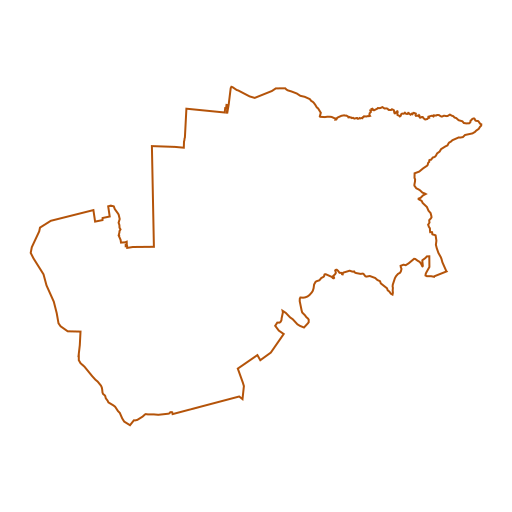 Boldesti-Scaeni, Prahova, Romania (Mercator projection)
{"feature_id": "2599482B90080505354120", "entity_name": "Boldesti-Scaeni", "entity_type": "district", "adm_level": 2, "iso_a3": "ROU", "parent_name": "Romania", "parent_adm1": "Prahova", "projection": "mercator", "projection_center": [26.073, 45.027], "detail": "fine", "context": "isolated", "style": "outline", "palette": "amber", "viewbox_px": 512, "rotation_deg": 0, "n_neighbors": 0, "source": "geoboundaries", "source_scale": "gbopen_adm2", "svg_char_len": 6049}
<svg xmlns="http://www.w3.org/2000/svg" viewBox="0 0 512 512"><path d="M425.5,275.5L426.9,276.2L431.1,276.2L434.1,276.8L434.3,276.3L446.6,271.4L446.2,270.9L442.4,262.3L441.5,259.0L440.8,257.2L438.4,252.9L436.7,248.0L435.9,244.8L436.4,240.7L435.6,235.4L435.1,235.1L432.5,234.4L432.3,234.2L432.1,232.2L431.5,232.1L430.2,232.2L430.0,230.8L429.9,228.3L428.8,226.7L428.4,225.2L428.1,224.8L429.5,222.5L429.2,220.7L429.4,219.9L430.8,218.5L431.5,217.4L431.4,216.2L430.6,213.1L428.5,210.7L426.9,207.0L422.6,202.9L421.8,201.1L421.5,200.8L418.6,199.2L418.6,198.6L420.6,197.8L423.0,195.4L425.7,194.0L424.8,193.5L422.4,192.6L420.0,190.3L418.4,189.3L416.3,188.3L414.4,185.7L414.4,184.6L415.0,181.5L415.1,179.3L414.5,177.9L414.6,173.3L419.2,171.6L423.2,168.3L427.1,165.7L427.8,164.7L428.0,163.3L428.3,162.7L429.2,161.9L429.3,160.2L429.8,159.9L431.1,159.7L432.8,157.5L434.0,157.2L435.1,156.6L435.9,155.7L437.1,153.4L439.6,151.6L441.1,149.1L445.4,146.4L447.5,145.4L448.4,143.6L449.1,142.6L450.9,141.6L452.4,140.2L458.8,137.4L460.0,137.6L462.9,137.1L465.0,135.0L472.5,133.4L475.0,131.9L476.1,130.7L478.7,128.9L480.0,126.8L481.2,125.6L481.3,124.3L480.2,123.8L478.4,121.3L477.8,121.0L476.0,120.8L475.3,120.4L474.6,118.8L474.0,118.4L473.1,118.6L471.9,119.3L471.4,120.1L470.6,120.6L470.3,122.3L469.2,123.3L466.3,123.4L463.8,123.0L462.4,121.3L458.6,120.2L456.3,118.1L454.5,117.5L453.3,116.2L451.8,115.7L449.9,114.6L447.6,116.0L446.4,116.1L444.0,115.7L441.9,116.6L440.6,116.2L439.0,115.1L437.1,115.0L436.0,115.6L433.7,115.3L433.5,115.5L433.8,116.1L433.5,116.5L432.0,115.7L428.4,116.7L428.4,117.2L428.8,117.4L429.0,117.8L428.2,118.0L427.3,119.0L425.2,119.5L423.6,118.3L422.7,117.0L421.8,117.0L420.5,117.7L420.0,117.7L419.7,117.3L419.4,115.5L419.0,115.1L418.3,116.0L417.4,115.6L416.0,115.9L415.5,115.1L415.8,113.6L414.0,112.9L413.3,112.9L412.5,114.2L411.7,113.7L410.6,114.7L408.8,113.4L408.6,112.9L408.2,112.9L407.9,113.8L407.1,114.0L405.9,113.7L404.9,112.7L403.8,113.7L402.2,113.6L401.5,113.9L401.2,114.3L400.7,115.8L399.9,116.4L399.6,116.0L397.5,115.0L397.3,113.4L397.7,112.1L397.4,111.3L396.7,111.5L395.2,113.3L394.6,113.3L394.3,112.7L393.9,110.3L392.4,109.4L391.8,109.3L391.3,109.9L390.6,110.0L388.6,109.9L387.5,108.7L386.4,108.4L384.5,108.5L382.4,107.1L380.5,108.0L379.0,108.2L377.9,108.0L377.4,108.6L374.0,110.3L373.7,110.2L373.0,109.3L372.3,109.3L372.2,108.8L371.6,109.0L371.8,109.5L371.8,110.0L370.3,110.4L370.9,111.9L369.6,113.3L369.4,115.0L370.0,115.9L368.9,116.2L367.8,116.1L366.4,116.5L364.0,116.3L363.6,117.0L362.8,117.2L362.4,118.2L361.7,118.0L360.3,118.4L359.6,118.0L359.0,118.5L357.9,118.8L357.4,118.6L357.1,118.0L356.8,118.0L354.3,118.6L353.0,117.8L351.9,118.1L350.9,117.4L350.3,117.5L349.4,117.0L348.8,117.4L348.4,117.4L348.0,116.5L346.4,115.6L345.0,115.6L344.2,115.3L341.4,115.8L337.9,117.4L337.3,117.8L336.3,119.5L335.5,119.6L335.9,118.4L335.0,118.5L332.0,117.1L330.8,116.8L327.5,116.7L324.8,117.1L320.2,116.8L319.8,116.4L320.8,112.8L318.1,108.4L316.8,107.4L315.2,104.7L313.7,102.7L312.6,101.7L311.3,101.0L309.8,99.1L304.7,96.8L300.3,95.8L296.8,93.5L291.3,91.4L287.9,90.4L286.5,89.6L285.2,88.3L275.8,88.4L271.9,91.0L254.7,97.9L249.6,96.4L238.3,90.5L236.7,90.0L232.6,87.2L231.4,86.8L230.7,88.2L228.7,104.4L227.3,112.7L226.8,112.7L227.7,105.1L226.5,104.9L226.1,108.2L225.2,108.1L224.7,112.5L186.4,108.7L184.9,137.4L184.5,138.8L184.4,140.1L184.0,141.6L183.8,147.7L175.0,146.9L151.9,146.1L153.9,246.8L132.8,247.0L127.2,247.9L127.1,246.2L125.7,246.3L125.7,244.8L126.8,244.7L126.7,241.7L125.2,242.3L121.0,242.6L120.6,239.9L118.9,236.0L119.1,235.5L118.7,235.3L119.4,232.5L119.5,231.1L120.5,229.4L119.5,227.7L119.4,225.1L118.6,222.7L119.7,219.0L118.7,214.8L118.2,213.8L114.8,209.1L113.8,206.4L112.5,206.0L111.0,206.0L110.8,205.6L108.2,206.3L109.7,216.5L102.6,218.0L102.5,220.1L95.1,221.6L93.4,210.1L50.8,220.8L40.0,227.6L39.2,231.4L31.8,247.2L30.7,252.9L33.5,258.4L43.5,274.3L46.5,285.4L53.8,301.7L56.7,313.1L58.5,323.3L60.6,326.3L67.7,331.3L80.5,331.6L79.8,345.2L78.7,354.6L78.8,354.5L78.8,360.2L80.6,363.3L84.4,366.6L92.3,376.3L95.4,379.7L97.7,381.6L101.0,385.7L101.8,387.5L102.2,389.6L102.5,392.6L103.1,394.0L104.7,395.3L105.2,396.0L105.8,398.3L107.6,400.7L108.4,402.4L113.4,405.4L115.1,406.7L118.0,411.1L119.8,412.9L122.2,418.4L124.2,421.6L130.0,425.2L133.9,420.3L135.2,420.4L137.3,419.9L142.6,416.6L144.8,414.6L145.7,414.1L147.9,414.4L153.8,414.4L158.3,414.8L168.4,413.7L169.5,413.3L170.2,412.3L171.0,412.1L172.2,412.3L172.6,414.1L239.2,396.5L242.5,399.1L243.9,386.1L242.9,382.8L237.8,368.6L257.4,355.1L260.3,360.2L270.8,352.6L283.7,334.0L278.8,330.6L275.2,325.8L277.3,322.6L279.6,322.6L280.6,321.8L281.1,320.9L281.5,319.9L281.6,318.4L282.9,312.4L282.6,310.8L285.8,312.9L290.1,317.4L292.7,319.2L297.4,324.3L300.0,325.9L304.0,327.5L307.9,323.3L308.7,322.2L308.7,319.7L308.0,318.6L306.3,317.1L304.9,315.2L302.2,312.5L301.6,310.4L299.7,301.1L299.8,298.7L300.4,297.5L303.1,297.7L305.1,297.4L307.5,296.5L309.5,295.0L311.8,292.4L312.8,290.8L313.6,288.2L314.1,284.5L315.6,281.8L316.6,281.2L319.4,280.3L321.3,278.0L323.6,276.8L324.1,276.1L324.5,274.5L325.1,274.2L325.9,274.3L331.1,276.6L331.9,277.0L332.9,278.1L333.7,278.3L334.1,277.9L333.8,277.0L333.0,276.2L335.0,274.3L335.7,273.2L335.8,272.4L335.2,270.4L335.6,270.0L336.3,269.7L336.9,269.8L338.1,270.9L339.5,272.8L341.5,272.9L341.8,273.2L342.0,274.2L342.3,274.4L342.7,274.4L342.9,273.0L343.4,272.6L349.7,270.7L352.3,271.6L354.2,271.5L354.5,272.3L355.9,273.0L360.6,273.9L362.8,273.6L363.5,273.9L365.4,276.3L366.4,276.6L369.8,276.0L375.2,278.0L377.4,280.0L380.0,281.2L380.8,283.4L387.0,288.3L387.7,290.3L389.3,291.5L390.9,293.7L392.5,294.6L392.9,292.8L392.7,290.3L392.9,287.9L392.6,286.4L392.8,284.6L394.9,278.2L396.0,276.2L397.9,274.0L400.1,272.7L400.9,271.3L401.5,268.9L400.8,267.2L400.6,265.8L403.6,264.7L405.7,265.2L408.7,263.3L414.1,258.8L415.3,259.0L417.6,260.7L419.2,261.6L420.2,262.5L421.3,264.2L422.3,266.3L422.5,266.4L422.7,266.2L422.8,265.6L422.3,260.7L422.4,260.2L425.3,258.1L426.9,256.4L429.3,256.3L429.4,267.0L426.3,272.5L425.7,273.9L425.5,275.5Z" fill="none" stroke="#b45309" stroke-width="2"/></svg>